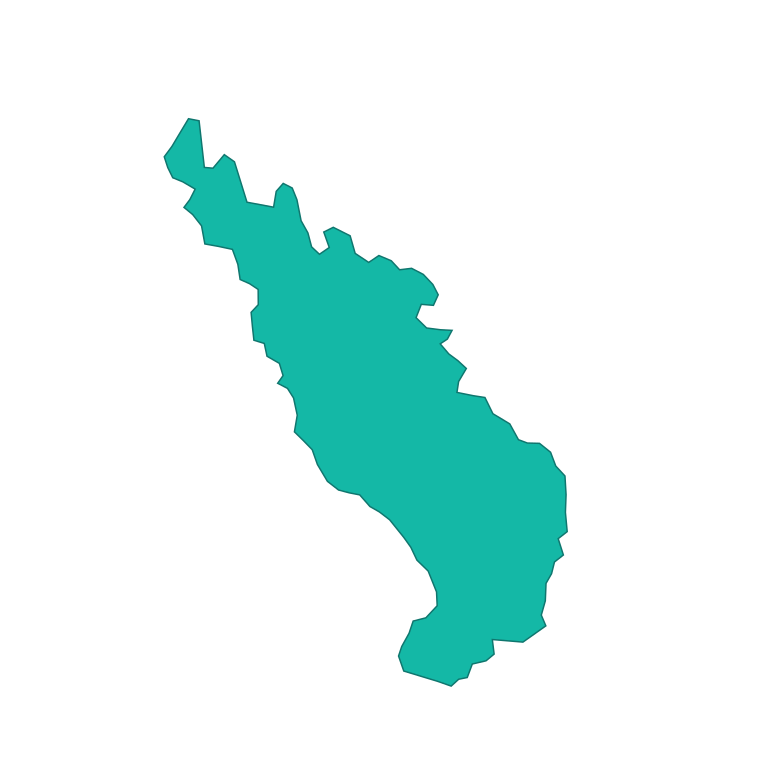 the district of Vista Alegre, Rio Grande do Sul, Brazil, rotated 344°
{"feature_id": "56859067B7058350465037", "entity_name": "Vista Alegre", "entity_type": "district", "adm_level": 2, "iso_a3": "BRA", "parent_name": "Brazil", "parent_adm1": "Rio Grande do Sul", "projection": "equal_earth", "projection_center": [-53.516, -27.316], "detail": "fine", "context": "isolated", "style": "filled", "palette": "teal", "viewbox_px": 768, "rotation_deg": 344, "n_neighbors": 0, "source": "geoboundaries", "source_scale": "gbopen_adm2", "svg_char_len": 1678}
<svg xmlns="http://www.w3.org/2000/svg" viewBox="0 0 768 768"><g transform="rotate(344 384 384)"><path d="M257.3,86.2L245.7,97.1L235.4,105.0L235.8,116.4L237.8,127.5L246.3,134.2L256.2,144.6L248.2,153.2L240.4,159.1L246.8,168.4L252.2,181.7L250.4,200.0L262.8,206.1L275.4,212.8L276.5,228.7L274.5,243.9L282.4,250.5L289.1,258.4L285.0,273.1L276.0,278.5L273.3,292.8L271.0,306.1L280.1,312.0L279.2,325.1L289.1,335.3L289.3,348.1L282.0,354.0L290.0,361.6L293.2,372.5L292.0,390.1L284.7,405.3L290.9,416.2L296.9,427.4L297.8,443.0L302.8,462.0L311.1,473.4L320.7,479.1L330.1,483.9L336.7,497.9L344.3,505.7L352.0,516.1L360.7,536.8L364.8,548.4L367.1,562.4L374.9,576.0L377.2,598.3L374.0,611.8L359.8,620.3L346.7,619.9L339.4,630.5L328.7,641.2L323.0,649.5L323.9,665.4L353.0,684.2L365.3,692.9L374.4,688.4L383.1,689.1L391.7,677.5L405.8,678.2L415.4,674.0L417.7,659.5L446.4,670.4L472.9,661.1L471.5,649.5L479.3,636.9L484.8,620.3L492.8,612.5L498.8,602.1L509.3,597.8L508.8,580.7L519.4,576.4L523.0,557.4L528.5,540.6L532.6,522.3L526.5,510.2L525.3,495.5L517.1,483.9L505.6,480.3L497.9,474.6L493.9,457.0L480.5,442.6L477.3,424.8L466.5,419.8L451.8,412.2L456.4,402.2L467.4,391.8L461.5,382.0L454.6,373.0L449.1,360.9L457.3,358.3L464.2,351.2L453.2,347.4L440.4,341.9L433.1,329.1L441.8,317.7L453.2,322.0L460.7,313.2L458.4,301.8L452.0,289.5L442.4,280.4L430.5,278.5L425.0,267.6L414.5,259.1L402.8,262.9L392.3,250.5L392.3,232.2L378.4,219.4L368.0,221.3L369.0,237.7L357.7,241.5L352.2,232.2L352.5,217.8L349.3,204.2L351.1,182.9L349.8,170.3L342.4,163.4L333.5,169.1L326.6,183.6L302.4,171.5L301.5,129.2L293.7,119.5L279.1,129.4L271.0,126.3L278.8,80.0L269.2,75.1L257.3,86.2Z" fill="#14b8a6" stroke="#0f766e" stroke-width="1.5"/></g></svg>